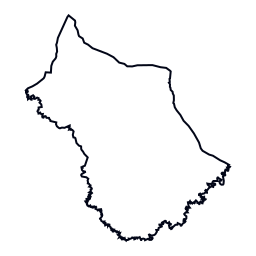 outline of Pho Tak, Nong Khai, Thailand
{"feature_id": "78962969B47302686470604", "entity_name": "Pho Tak", "entity_type": "district", "adm_level": 2, "iso_a3": "THA", "parent_name": "Thailand", "parent_adm1": "Nong Khai", "projection": "orthographic", "projection_center": [102.425, 17.897], "detail": "fine", "context": "isolated", "style": "outline", "palette": "ink", "viewbox_px": 256, "rotation_deg": 0, "n_neighbors": 0, "source": "geoboundaries", "source_scale": "gbopen_adm2", "svg_char_len": 5857}
<svg xmlns="http://www.w3.org/2000/svg" viewBox="0 0 256 256"><path d="M145.0,240.2L148.2,238.7L148.8,238.9L149.3,239.9L151.2,239.9L152.1,239.2L152.6,238.4L152.5,237.8L152.1,237.5L150.1,237.8L149.0,234.7L149.5,234.5L151.0,235.4L152.1,235.5L154.0,235.1L155.3,234.3L156.9,231.7L156.3,230.0L158.3,229.9L158.7,227.8L161.8,226.5L161.7,226.0L159.5,225.1L159.4,224.6L163.1,224.1L163.5,223.3L162.2,223.1L162.0,222.6L165.1,220.8L165.8,221.0L166.1,222.5L167.9,223.3L169.1,222.2L169.7,223.5L170.9,224.1L170.7,224.7L169.3,224.8L169.0,225.5L169.6,228.0L170.0,228.2L171.2,227.6L170.8,228.7L171.1,229.1L171.8,228.8L172.8,227.2L175.4,224.8L177.4,224.7L177.7,223.1L180.2,224.3L180.7,225.6L181.4,225.6L182.8,223.5L184.7,222.4L185.5,221.4L185.2,220.8L184.2,221.2L183.5,221.0L183.8,219.2L184.4,219.0L185.5,219.4L186.3,218.5L186.4,216.3L184.8,215.0L184.2,214.0L185.6,212.5L187.7,212.4L186.8,211.0L187.9,209.9L187.4,209.3L185.8,209.1L185.6,208.4L186.4,206.8L188.3,207.9L189.8,207.7L188.6,206.2L187.9,202.3L189.4,202.0L190.0,201.1L190.3,201.7L190.0,203.1L190.4,203.5L190.8,203.4L191.5,202.5L192.4,203.5L193.5,202.4L194.5,203.2L194.8,202.9L195.0,201.4L195.9,200.4L197.1,201.6L197.4,202.9L198.8,202.6L198.8,203.7L199.2,204.1L199.6,203.9L200.0,202.1L200.5,201.6L202.1,203.3L202.5,203.3L202.6,201.7L203.4,201.5L203.6,201.0L202.4,200.0L205.3,199.7L205.6,199.3L204.3,198.8L204.2,197.5L203.4,198.4L201.9,198.1L202.4,196.9L200.8,196.9L200.9,195.8L199.0,195.1L199.0,194.2L200.1,193.6L200.9,194.9L202.4,193.7L203.8,193.7L205.0,192.6L207.0,192.7L207.0,192.2L205.3,190.5L205.8,189.9L207.1,190.4L208.9,188.0L210.3,187.1L207.7,184.7L207.4,183.6L209.1,183.9L211.8,183.8L211.5,185.2L212.5,186.7L213.2,186.9L213.4,185.5L215.2,184.8L215.2,184.0L214.7,183.5L212.7,183.4L212.4,182.7L212.7,181.8L213.4,181.0L217.6,181.0L217.2,178.2L217.6,177.5L218.3,177.6L218.7,178.3L221.4,179.8L221.3,180.5L220.1,180.7L219.7,181.2L219.6,182.7L220.5,184.1L221.5,184.7L223.0,184.6L223.5,183.9L223.8,180.8L222.9,176.2L223.4,175.7L224.9,175.5L225.3,175.0L224.8,174.2L221.9,174.1L221.6,173.3L222.2,172.7L225.0,172.7L225.1,170.4L225.5,169.6L226.2,169.7L227.3,170.8L228.2,170.7L228.5,169.4L227.3,168.4L227.0,167.5L229.4,167.5L230.0,166.7L228.0,165.7L228.0,164.9L228.6,164.6L224.6,162.3L220.2,160.3L212.9,155.7L209.2,154.6L202.6,150.8L200.8,148.4L199.0,142.5L193.9,133.4L188.6,125.9L183.6,120.8L180.4,115.0L176.7,110.4L174.8,107.3L174.0,103.7L173.3,103.0L173.9,100.2L173.8,95.5L172.8,93.5L172.6,91.8L170.7,89.9L170.4,87.6L169.9,86.9L170.0,84.2L168.9,82.7L169.8,82.1L169.5,78.9L170.0,78.5L170.7,71.4L169.9,70.6L166.2,67.9L160.5,67.2L152.4,65.1L137.3,65.3L132.3,66.4L127.2,66.3L124.4,63.9L119.2,62.6L113.5,57.2L106.9,53.7L92.5,48.2L88.0,44.6L84.2,42.7L82.7,38.5L79.1,36.2L78.5,34.7L77.6,30.3L74.9,25.7L75.3,22.3L75.0,20.6L68.6,15.4L67.4,17.0L57.9,37.9L57.0,42.6L56.2,44.8L56.8,47.8L57.1,51.6L56.2,53.9L56.3,56.5L55.6,58.4L52.8,61.7L51.3,65.9L50.9,72.6L45.7,72.3L44.6,76.6L43.7,78.3L37.1,83.6L32.5,86.3L27.9,88.3L26.5,89.7L26.2,90.0L27.4,90.3L27.8,91.7L27.2,92.3L26.0,91.9L26.0,92.6L27.1,94.8L28.2,94.8L28.5,95.7L28.4,96.6L27.2,96.6L27.1,97.0L27.9,98.0L28.0,99.2L28.9,98.4L29.6,98.3L31.0,99.6L31.6,99.7L31.8,98.8L30.7,96.6L33.1,95.3L34.3,96.6L33.6,98.4L33.8,98.7L34.9,98.9L37.1,97.6L38.6,98.2L38.4,99.8L39.7,99.8L40.6,100.9L39.5,102.6L41.3,104.4L41.7,107.0L38.6,107.5L38.7,109.7L37.8,110.3L37.5,111.5L38.3,112.4L38.5,113.6L39.2,113.5L40.1,112.6L41.3,114.2L42.8,114.0L42.2,116.5L42.5,117.4L43.5,117.6L44.3,116.3L45.6,116.2L46.5,117.8L49.0,117.9L49.3,119.0L50.2,119.8L50.4,121.0L56.3,122.4L56.0,124.2L56.9,126.3L58.8,127.9L59.9,128.3L61.9,127.6L64.6,127.8L69.7,125.5L69.7,126.6L68.6,127.6L70.0,128.5L69.5,128.7L69.2,129.5L70.6,129.0L70.7,129.8L72.3,129.9L73.6,131.4L72.8,134.9L73.4,137.4L74.7,137.6L75.4,138.2L76.5,143.0L78.9,145.6L81.1,146.4L81.2,149.0L81.8,150.2L82.9,151.4L84.3,153.9L87.7,157.4L84.9,165.7L82.4,166.7L82.6,167.6L81.5,167.5L82.0,170.0L82.9,171.0L85.0,171.6L85.1,172.1L82.1,173.8L81.3,174.5L81.2,175.2L81.9,176.5L86.4,177.3L88.3,178.8L87.6,180.4L88.0,182.2L87.8,183.4L89.0,183.8L89.7,184.9L90.4,185.3L89.3,186.6L90.1,186.7L90.5,187.4L91.2,187.5L91.8,188.6L91.5,189.4L90.6,189.7L90.8,191.3L89.5,192.2L91.8,192.7L92.0,193.0L90.1,194.5L89.2,194.3L88.8,194.8L88.8,195.4L90.2,195.8L90.6,196.6L89.6,197.0L89.5,196.2L88.5,196.1L88.1,196.8L88.7,198.0L90.0,198.2L90.0,198.7L88.7,199.7L87.6,198.8L86.5,198.9L86.6,200.1L87.6,200.5L87.7,201.1L85.4,201.4L86.1,202.6L87.2,202.9L86.9,204.5L87.6,205.7L88.5,205.6L88.8,206.4L89.3,206.5L90.3,205.6L90.8,206.9L91.4,206.7L91.8,207.3L92.9,207.7L93.3,207.4L92.9,206.6L94.4,206.4L95.1,207.1L96.0,206.8L96.2,207.1L95.4,208.1L95.4,208.8L97.4,209.6L97.7,210.4L98.9,210.1L99.0,209.4L101.1,209.2L101.3,210.3L99.9,210.8L100.3,211.5L100.8,211.0L101.4,211.2L101.1,212.8L101.8,213.3L102.3,215.2L102.1,215.5L101.5,215.3L101.9,216.5L100.0,218.6L100.2,219.1L100.8,219.4L101.4,221.0L102.7,221.7L104.4,221.5L104.2,222.3L103.6,222.9L104.2,223.4L104.9,222.6L105.6,223.0L105.6,223.5L105.0,224.1L105.2,225.4L107.4,224.4L107.8,224.7L107.9,225.6L108.5,224.4L109.4,224.6L109.5,226.3L110.7,227.3L110.8,228.3L111.6,228.5L111.3,230.0L111.8,230.2L112.3,229.2L113.7,229.5L112.4,230.7L112.7,231.5L113.1,231.6L113.8,230.6L114.8,230.8L115.2,231.3L115.7,231.0L116.2,231.2L116.6,232.2L117.4,231.6L118.1,232.6L118.8,232.1L118.8,233.5L120.0,233.1L119.7,233.9L117.9,234.8L118.4,235.3L119.4,235.1L119.8,236.4L119.3,237.3L120.5,236.7L120.8,238.0L121.9,239.3L122.8,238.4L121.8,238.0L122.1,237.4L123.6,238.1L123.6,239.2L124.6,239.0L124.4,238.5L124.7,238.2L125.2,239.9L125.8,240.0L126.2,240.6L126.7,240.0L127.8,240.0L128.8,239.5L128.7,238.6L130.0,238.9L131.7,238.2L132.2,237.5L133.0,237.9L134.0,237.6L134.3,239.3L135.6,238.8L136.1,237.4L137.2,237.6L137.6,238.2L138.1,237.5L139.1,237.6L139.7,237.2L141.0,240.0L141.3,240.0L141.6,239.0L143.2,238.6L144.6,239.0L145.0,240.2Z" fill="none" stroke="#020617" stroke-width="2"/></svg>